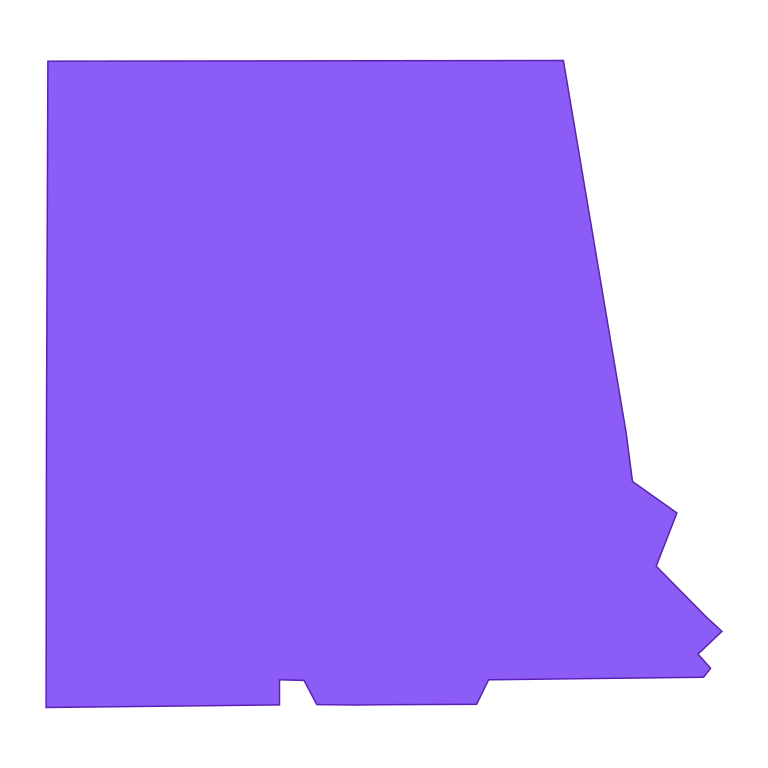 Chambers, Alabama, United States of America (orthographic projection)
{"feature_id": "52423323B15727406815643", "entity_name": "Chambers", "entity_type": "district", "adm_level": 2, "iso_a3": "USA", "parent_name": "United States of America", "parent_adm1": "Alabama", "projection": "orthographic", "projection_center": [-85.292, 32.918], "detail": "fine", "context": "isolated", "style": "filled", "palette": "violet", "viewbox_px": 768, "rotation_deg": 0, "n_neighbors": 0, "source": "geoboundaries", "source_scale": "gbopen_adm2", "svg_char_len": 461}
<svg xmlns="http://www.w3.org/2000/svg" viewBox="0 0 768 768"><path d="M47.9,61.2L46.5,419.6L46.1,707.5L279.5,704.9L279.5,679.8L304.0,680.4L316.8,704.6L356.1,705.0L385.9,704.7L476.6,704.3L488.6,679.8L703.6,677.2L710.6,668.3L698.0,654.1L721.9,631.4L705.9,616.6L656.2,566.2L676.9,513.0L632.5,481.5L632.5,481.3L630.5,466.2L626.2,433.0L606.3,315.1L599.5,274.6L578.5,150.1L576.5,138.1L563.4,60.5L47.9,61.2Z" fill="#8b5cf6" stroke="#5b21b6" stroke-width="1.5"/></svg>